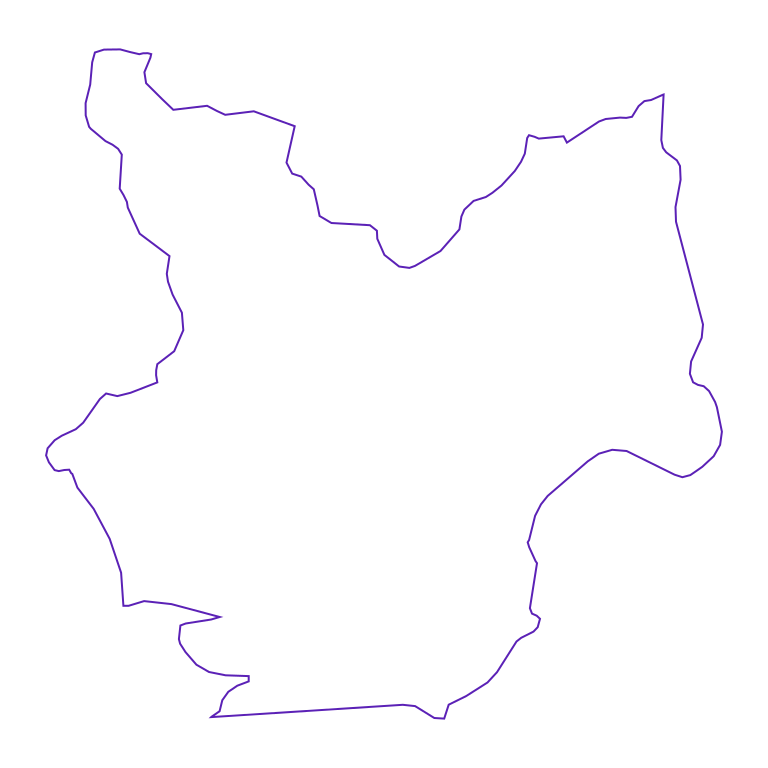 map outline of Choluteca (orthographic projection)
{"feature_id": "HND-661", "entity_name": "Choluteca", "entity_type": "Department", "adm_level": 1, "iso_a3": "HND", "parent_name": "Honduras", "parent_adm1": "", "projection": "orthographic", "projection_center": [-87.137, 13.37], "detail": "fine", "context": "isolated", "style": "outline", "palette": "violet", "viewbox_px": 768, "rotation_deg": 0, "n_neighbors": 0, "source": "natural_earth", "source_scale": "10m", "svg_char_len": 2320}
<svg xmlns="http://www.w3.org/2000/svg" viewBox="0 0 768 768"><path d="M696.3,471.0L690.3,475.1L682.4,477.2L674.6,474.7L626.6,451.0L612.2,449.8L598.8,453.7L587.8,461.3L547.7,495.9L541.0,504.3L535.1,515.8L529.1,540.0L527.7,542.3L529.2,547.2L535.5,561.0L537.0,563.2L529.9,608.2L532.0,613.6L536.7,615.7L540.0,618.8L537.7,627.2L533.5,631.6L521.2,637.8L516.5,641.5L497.0,672.2L487.5,682.5L466.1,696.1L448.7,704.7L444.2,718.6L434.3,718.0L415.1,706.1L402.8,704.8L211.2,717.1L211.5,716.8L219.6,711.2L222.3,700.2L228.3,691.8L237.3,685.7L248.7,681.4L248.7,676.1L225.6,675.3L209.0,672.0L196.4,664.7L185.5,652.1L180.1,643.7L178.9,639.1L180.4,625.5L185.7,623.5L211.2,619.5L219.7,617.0L171.4,604.1L144.1,601.1L128.6,605.8L123.4,605.8L121.1,572.7L109.7,538.9L93.7,508.9L77.4,487.6L72.3,473.9L71.2,473.2L69.2,469.7L64.3,470.0L58.8,471.1L54.6,470.1L48.9,462.3L46.1,455.4L47.6,448.3L54.7,440.2L61.8,435.7L75.8,429.2L83.2,422.7L99.9,399.0L106.1,393.5L117.3,396.1L130.5,392.8L157.3,382.4L156.1,375.2L156.2,370.2L157.3,364.3L157.3,364.2L174.2,351.2L183.3,330.2L181.9,312.7L172.6,294.6L168.0,281.7L166.8,273.8L169.5,256.1L139.7,233.7L127.8,207.6L126.9,201.9L123.5,195.0L119.7,188.7L121.8,154.6L118.1,148.8L112.5,144.7L105.5,141.1L90.8,128.8L89.1,126.8L85.7,115.4L85.6,103.1L90.2,84.6L92.2,62.3L94.9,52.5L104.0,49.6L120.2,49.4L129.9,52.0L139.3,54.2L143.0,53.3L147.8,53.2L151.2,54.1L150.4,57.7L144.4,72.2L146.1,83.2L162.0,99.0L173.3,109.8L207.1,105.8L217.0,111.0L225.2,114.8L253.8,111.3L294.7,126.2L286.5,162.6L292.2,173.6L301.3,176.6L308.6,184.7L313.8,189.3L317.5,205.5L319.6,216.0L331.4,223.0L369.9,225.2L376.9,230.7L377.3,238.8L384.4,254.9L399.1,266.5L409.4,267.9L415.0,265.9L440.5,251.0L459.4,229.4L461.4,216.5L464.4,209.6L473.6,200.9L485.9,197.0L492.4,192.8L501.5,185.5L514.8,171.0L521.0,161.8L524.8,153.7L527.2,138.0L529.0,135.2L534.6,136.8L538.8,138.6L563.6,136.3L566.9,142.6L599.0,121.5L605.7,119.0L620.0,117.6L626.3,117.9L632.0,116.8L638.6,106.1L644.4,101.1L651.1,100.0L663.0,94.7L663.6,94.5L661.3,140.1L662.9,147.9L666.2,152.3L669.6,154.9L676.9,160.4L680.0,166.0L680.6,179.7L675.5,207.1L676.0,221.7L703.0,324.5L701.7,337.8L691.1,361.5L689.9,373.8L693.1,382.3L698.0,384.9L703.7,386.2L709.1,391.1L715.1,402.0L716.9,407.2L721.9,431.7L720.1,444.9L713.7,456.2L702.3,466.8L696.3,471.0Z" fill="none" stroke="#5b21b6" stroke-width="2"/></svg>